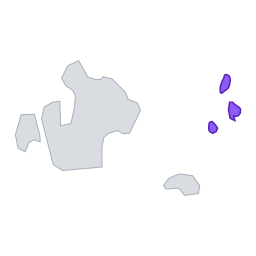 Kumlinge highlighted on a map of Aland
{"feature_id": "ALD-4822", "entity_name": "Kumlinge", "entity_type": "state/province", "adm_level": 1, "iso_a3": "ALA", "parent_name": "Aland", "parent_adm1": "", "projection": "albers", "projection_center": [20.759, 60.281], "detail": "fine", "context": "in_parent", "style": "filled", "palette": "violet", "viewbox_px": 256, "rotation_deg": 0, "n_neighbors": 0, "source": "natural_earth", "source_scale": "10m", "svg_char_len": 1265}
<svg xmlns="http://www.w3.org/2000/svg" viewBox="0 0 256 256"><path d="M95.5,79.4L100.6,79.5L103.0,76.7L111.9,78.8L125.3,92.1L128.0,99.2L137.3,102.9L140.5,110.4L129.5,133.3L122.8,133.6L117.8,130.7L109.0,133.1L103.8,137.4L101.9,147.0L102.0,167.0L62.3,170.5L53.2,164.5L41.5,118.8L44.2,107.0L52.6,102.2L59.8,101.2L60.5,125.7L71.0,123.4L74.5,107.3L75.4,96.0L72.7,90.2L65.6,85.6L61.6,78.0L67.7,65.8L78.7,60.6L87.9,77.1L95.5,79.4ZM39.6,134.3L40.3,141.9L33.9,139.9L28.9,142.4L25.3,151.8L18.1,148.3L15.4,134.8L21.2,114.7L34.3,114.2L39.6,134.3ZM199.7,185.6L198.4,193.6L184.5,195.4L178.7,188.2L165.8,189.0L163.5,185.4L168.9,178.3L179.2,173.9L192.6,175.7L199.7,185.6Z" fill="#d9dde1" stroke="#a8b0b8" stroke-width="1"/><path d="M234.9,120.6L230.1,118.3L228.5,109.9L229.6,102.2L232.6,102.2L234.3,104.0L239.4,107.6L240.6,109.2L240.2,113.3L238.3,115.6L235.8,116.4L233.6,116.1L234.9,120.6ZM227.9,88.5L221.6,93.3L220.4,92.6L220.2,90.4L220.2,89.2L220.4,86.4L220.8,84.7L222.2,81.1L222.8,79.9L223.4,78.9L224.1,76.9L224.5,75.1L225.7,74.5L227.7,75.0L229.6,76.5L230.3,79.6L229.9,83.0L229.2,86.1L227.9,88.5ZM212.1,121.5L215.8,125.3L217.6,128.3L216.1,131.6L212.6,133.3L209.9,131.7L208.8,129.8L208.7,125.9L209.5,122.4L212.1,121.5Z" fill="#8b5cf6" stroke="#5b21b6" stroke-width="1.5"/></svg>